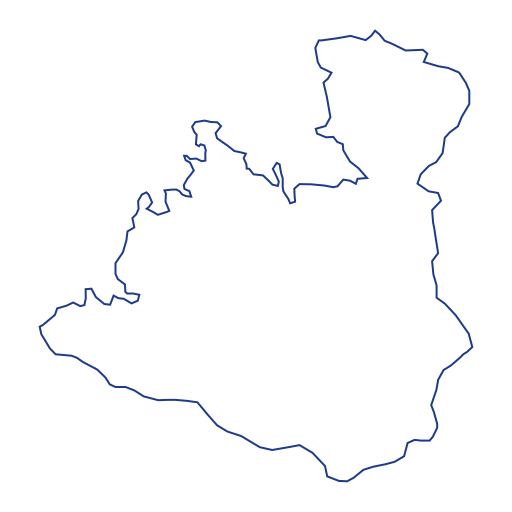 outline of Skarinou, Larnaca, Cyprus
{"feature_id": "46923920B93275666945170", "entity_name": "Skarinou", "entity_type": "district", "adm_level": 2, "iso_a3": "CYP", "parent_name": "Cyprus", "parent_adm1": "Larnaca", "projection": "equal_earth", "projection_center": [33.355, 34.825], "detail": "fine", "context": "isolated", "style": "outline", "palette": "blue", "viewbox_px": 512, "rotation_deg": 0, "n_neighbors": 0, "source": "geoboundaries", "source_scale": "gbopen_adm2", "svg_char_len": 3008}
<svg xmlns="http://www.w3.org/2000/svg" viewBox="0 0 512 512"><path d="M39.7,326.7L41.3,334.2L49.9,348.4L55.6,354.3L71.5,355.7L76.9,357.8L82.9,362.0L97.3,369.6L105.5,377.6L109.7,384.3L115.4,387.0L125.6,387.0L134.5,390.5L143.7,396.4L158.3,400.2L166.3,399.9L176.1,399.9L187.3,400.9L197.4,402.3L207.9,414.9L217.1,425.3L227.3,431.5L241.3,436.1L259.8,447.2L272.2,450.0L290.6,446.8L299.5,445.1L312.5,452.8L325.0,466.0L327.2,476.4L338.9,480.9L347.2,481.3L348.2,480.7L353.6,477.8L363.4,469.8L373.3,466.7L385.7,464.2L394.6,461.8L404.1,456.2L407.3,444.1L407.6,443.0L414.6,439.9L421.3,440.6L429.6,440.6L432.8,436.8L436.6,429.1L437.2,427.4L437.2,423.9L434.0,412.4L431.2,405.1L436.3,390.2L438.2,379.7L443.6,370.0L450.9,365.5L459.8,357.8L463.3,354.3L467.1,351.9L472.3,347.0L468.7,333.7L455.6,315.1L444.8,303.6L436.6,297.7L436.6,285.5L433.4,274.4L432.1,261.2L438.1,253.2L435.0,233.4L434.3,228.5L433.1,222.6L432.1,210.1L441.0,200.7L438.1,193.0L428.6,191.3L417.5,183.6L420.7,174.3L428.9,165.9L436.2,162.1L442.6,153.1L444.8,137.8L449.9,132.2L457.9,126.3L461.7,116.9L469.3,104.0L469.3,90.8L465.8,82.8L459.8,73.5L458.8,72.4L448.0,67.9L438.1,66.2L423.8,62.0L427.3,53.6L422.9,49.8L405.7,50.5L390.8,43.2L384.7,40.8L379.6,34.5L375.1,30.7L371.1,35.9L365.7,40.1L350.6,35.9L336.9,38.3L321.6,40.4L318.9,40.4L315.3,47.9L317.8,62.2L320.8,67.6L331.5,72.7L327.9,78.7L323.5,82.6L326.8,96.6L330.4,117.2L325.6,126.0L315.8,128.8L317.1,133.6L326.0,137.3L333.3,136.9L337.2,141.9L342.8,144.2L343.3,150.3L347.5,157.4L350.1,161.6L358.6,168.3L367.1,178.0L357.5,178.8L355.8,183.8L350.1,180.7L343.3,179.6L337.5,186.3L333.3,187.2L324.1,185.5L310.9,184.3L299.5,184.1L294.3,188.7L294.6,195.6L295.1,201.7L290.2,203.3L288.3,198.9L283.4,191.4L282.7,186.9L282.7,178.3L281.1,173.1L279.6,164.4L276.7,162.9L272.8,168.9L275.6,174.4L278.8,181.5L277.9,185.9L272.5,184.7L268.2,180.3L263.0,175.4L253.5,174.3L249.2,168.8L246.7,168.6L246.4,164.2L243.7,158.2L245.9,153.7L241.4,152.5L234.3,151.0L227.3,145.4L222.9,142.4L217.1,138.3L215.6,133.2L221.0,126.1L217.3,122.3L210.9,122.0L204.7,120.6L195.3,122.1L192.1,126.7L194.3,132.0L196.7,134.8L195.9,144.3L199.0,146.2L200.6,144.3L204.4,145.5L205.8,150.4L205.3,153.2L205.4,160.6L201.7,161.2L196.3,158.6L190.0,159.0L186.7,155.8L184.1,155.8L185.7,160.2L190.0,162.5L193.8,170.5L190.6,174.8L187.4,178.6L183.8,185.1L184.5,189.0L189.4,191.1L191.2,196.7L186.0,196.1L182.1,194.4L179.5,191.2L176.2,189.5L170.7,189.7L164.5,190.4L165.9,193.4L165.5,201.7L169.3,210.9L166.4,212.1L157.8,214.8L153.1,212.0L146.7,208.7L148.8,207.1L152.1,202.5L148.7,194.7L146.4,192.4L141.8,194.6L138.1,201.1L138.6,208.9L136.3,214.2L132.4,218.1L134.3,227.4L127.5,231.4L126.4,240.4L122.9,252.3L115.5,263.2L115.5,273.9L117.8,279.1L125.0,284.5L125.3,291.7L127.1,293.5L133.2,293.5L139.3,294.8L137.8,300.7L131.5,303.4L123.8,298.8L118.5,298.2L113.6,295.6L110.1,304.7L104.3,304.0L95.9,297.1L91.4,288.7L85.6,289.2L85.8,298.0L84.4,305.1L80.2,306.1L73.2,302.5L66.5,305.7L57.2,308.4L54.9,314.9L43.0,324.9L39.7,326.7Z" fill="none" stroke="#1e3a8a" stroke-width="2"/></svg>